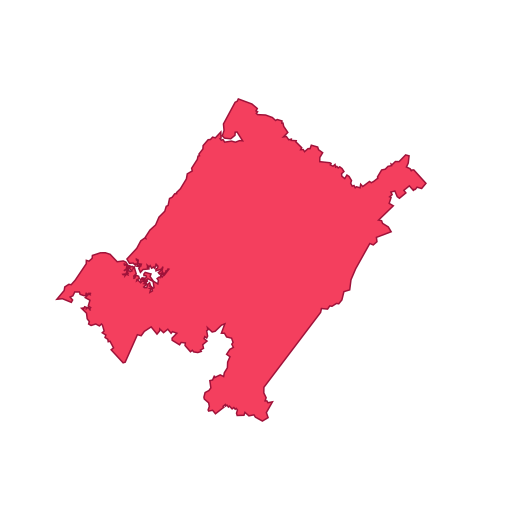 Waikato District, Waikato, New Zealand, rotated 51°
{"feature_id": "76426892B94157809900768", "entity_name": "Waikato District", "entity_type": "district", "adm_level": 2, "iso_a3": "NZL", "parent_name": "New Zealand", "parent_adm1": "Waikato", "projection": "robinson", "projection_center": [174.92, -37.516], "detail": "fine", "context": "isolated", "style": "filled", "palette": "rose", "viewbox_px": 512, "rotation_deg": 51, "n_neighbors": 0, "source": "geoboundaries", "source_scale": "gbopen_adm2", "svg_char_len": 6099}
<svg xmlns="http://www.w3.org/2000/svg" viewBox="0 0 512 512"><g transform="rotate(51 256 256)"><path d="M322.2,135.7L316.7,134.9L310.3,137.1L307.6,136.2L305.2,138.2L303.4,117.7L298.9,119.4L295.5,114.2L294.1,114.9L294.0,111.6L291.2,110.9L292.9,107.2L298.7,108.9L301.4,108.2L301.3,99.8L298.0,99.8L298.0,92.7L304.7,92.4L303.4,91.8L304.5,90.3L303.9,87.5L307.8,84.8L306.5,78.2L288.4,79.2L286.9,81.3L288.1,81.8L285.2,81.3L281.5,83.1L279.6,79.2L274.5,74.0L271.6,76.1L272.7,85.4L270.3,88.2L270.7,92.7L269.6,93.1L271.1,93.8L269.4,97.0L269.9,100.9L268.2,104.2L271.0,111.8L272.2,112.3L272.1,117.8L271.6,120.3L269.5,120.9L269.2,129.3L266.1,129.5L268.5,132.2L265.4,134.4L265.4,136.0L262.9,135.5L262.2,137.3L259.0,136.6L257.5,134.3L252.8,133.6L250.3,134.4L251.7,138.3L248.0,139.1L245.9,137.7L245.7,134.5L242.2,134.1L239.4,134.8L239.3,136.7L237.2,136.8L237.0,138.2L234.6,137.0L234.7,139.7L231.9,140.9L231.3,139.4L230.0,139.9L222.8,147.1L219.6,144.4L217.7,139.2L212.8,140.5L210.1,139.5L204.7,143.3L206.6,146.4L205.3,148.0L205.5,152.6L203.0,152.3L201.5,154.4L200.6,152.3L192.4,153.2L191.7,152.2L188.3,155.9L187.4,155.0L186.3,157.4L182.2,157.2L180.7,159.7L180.0,153.5L172.7,152.9L169.7,151.4L169.0,152.3L167.4,150.8L163.3,153.6L163.0,155.5L158.7,156.1L152.5,159.8L147.1,165.8L145.3,166.0L144.9,164.0L143.2,164.7L142.2,162.2L135.3,163.5L122.8,170.9L123.9,173.2L123.4,175.5L132.9,198.2L138.3,201.8L141.5,206.6L144.7,206.2L149.0,201.9L149.0,196.4L146.7,194.3L147.7,192.7L158.1,193.9L156.0,196.1L154.6,200.4L151.3,202.7L147.8,208.7L144.7,208.4L144.2,210.1L142.2,210.1L142.4,209.0L137.5,205.3L138.6,213.2L136.3,214.9L136.8,218.1L135.5,220.0L136.9,227.6L139.4,229.9L140.9,236.2L142.5,236.8L141.9,238.2L144.0,240.8L147.3,250.8L149.8,252.0L148.9,257.7L152.3,261.6L156.2,272.5L156.7,277.9L157.6,278.4L156.5,280.1L157.6,284.2L156.9,287.0L161.4,292.5L160.9,294.5L163.8,298.7L164.7,306.9L168.7,314.5L169.1,322.1L171.9,330.6L172.9,330.5L173.1,330.6L172.0,331.2L171.7,336.0L175.0,343.8L177.1,358.2L182.1,358.9L184.1,356.0L186.9,355.6L186.3,354.8L187.8,353.5L185.3,351.0L183.7,351.4L183.1,350.9L185.1,350.1L187.6,352.6L190.2,350.2L191.2,351.7L189.7,352.1L188.6,355.3L191.3,353.1L192.0,355.0L196.0,356.1L195.4,352.3L198.7,347.3L197.4,346.4L196.4,348.2L196.8,346.4L195.8,346.8L194.7,346.3L197.3,345.8L196.9,344.3L199.8,344.8L200.2,342.2L201.5,342.6L200.9,339.7L200.0,339.8L199.5,338.8L202.2,338.6L203.5,340.1L203.1,342.0L204.6,343.1L206.7,337.6L205.7,335.0L207.7,337.5L207.4,342.3L209.3,342.4L209.8,340.4L211.6,341.4L209.3,338.6L211.1,339.2L212.0,337.6L211.6,335.4L210.4,335.7L211.5,334.7L210.7,332.5L211.4,332.0L213.1,339.0L211.6,338.6L211.2,340.6L211.8,339.4L212.8,340.0L213.3,342.3L211.0,342.0L212.4,344.2L211.4,344.7L211.3,347.1L213.5,347.2L215.9,349.9L211.0,351.6L205.2,351.2L203.9,348.9L199.0,352.4L199.5,354.5L200.7,355.4L202.0,353.9L203.5,354.3L203.9,358.1L205.7,356.9L205.7,354.3L211.0,352.0L216.5,355.2L216.0,357.4L218.0,358.5L217.5,361.3L215.1,358.1L214.4,358.8L214.8,356.5L212.6,356.7L212.5,358.2L212.0,356.4L209.8,355.5L209.8,357.6L211.8,360.9L210.3,362.7L209.4,362.8L209.2,358.9L207.8,358.3L207.7,359.9L207.0,360.5L207.3,355.5L206.0,359.0L204.5,359.8L204.7,358.4L202.7,359.2L202.4,357.2L201.3,358.2L201.7,360.5L204.2,361.8L204.2,362.5L200.3,362.9L200.2,364.4L199.4,363.4L200.2,360.9L197.9,360.0L195.5,361.3L196.8,364.1L196.3,365.5L196.1,364.1L194.7,363.7L194.4,360.3L188.4,357.8L188.5,359.4L187.5,358.1L186.0,358.8L185.1,362.1L185.8,363.3L186.4,362.1L189.5,361.8L188.9,363.7L186.9,364.0L187.4,365.9L189.1,366.4L188.5,367.2L189.9,367.5L188.6,368.3L188.9,370.1L187.9,368.9L187.0,371.0L186.4,371.0L188.1,368.2L185.3,364.1L184.3,368.0L184.4,364.7L183.4,363.7L184.6,363.7L183.7,361.9L180.9,362.4L180.8,363.4L180.5,363.8L180.3,363.9L180.1,363.6L179.6,363.6L179.2,363.5L179.2,363.4L180.6,363.6L180.7,362.1L184.2,361.5L184.8,359.7L183.0,361.4L178.8,361.0L176.3,362.3L173.1,367.5L162.9,368.3L158.7,371.0L155.6,374.9L152.6,382.8L154.7,384.8L154.9,389.0L152.6,390.6L155.2,392.8L161.0,411.7L162.0,417.7L160.2,419.3L159.7,424.1L162.1,426.8L164.3,438.0L167.4,433.3L175.8,428.7L174.8,426.2L170.9,426.3L171.7,423.4L169.9,419.5L172.8,415.9L175.1,416.8L178.7,414.6L179.6,413.1L178.6,412.1L179.7,411.6L178.8,411.2L180.0,410.8L180.0,409.8L180.9,409.2L180.1,409.1L181.3,407.6L180.4,408.9L181.4,409.4L180.3,409.9L180.9,414.9L185.9,412.9L189.2,417.7L192.1,417.0L192.4,418.8L194.3,418.9L190.2,418.8L190.2,421.1L189.1,420.2L187.6,421.1L188.7,423.6L187.8,422.8L186.8,424.5L193.8,423.7L198.6,426.7L202.1,426.8L203.5,428.9L206.2,427.9L208.0,423.3L211.8,421.7L211.6,418.9L213.0,418.8L218.7,421.2L218.9,423.8L222.9,422.4L224.3,424.6L227.5,423.6L229.6,424.8L230.4,423.1L237.7,424.5L237.7,427.6L255.4,426.5L256.2,424.5L242.5,397.7L245.7,395.4L244.3,390.2L245.1,382.1L254.4,382.1L253.6,378.1L252.1,376.7L257.4,376.1L257.4,370.6L262.6,370.6L262.2,368.5L266.2,366.1L267.0,372.9L268.7,374.2L276.9,371.3L276.1,368.6L279.1,365.6L280.9,367.5L289.2,367.2L289.2,364.8L291.3,364.8L294.4,362.0L295.7,358.6L294.2,358.4L294.7,354.9L291.4,353.2L291.3,347.6L287.6,348.4L286.4,346.6L288.7,345.9L287.8,344.0L283.0,341.4L283.1,339.8L281.1,338.8L287.5,337.9L288.8,335.1L288.0,326.3L289.1,322.9L294.2,331.5L296.2,329.1L300.4,329.8L304.5,326.7L308.7,328.2L309.3,330.3L312.8,331.1L312.1,335.1L313.9,340.7L317.9,339.6L320.6,344.8L324.9,348.6L326.8,354.1L329.3,357.0L325.9,358.6L324.3,365.1L322.8,363.5L325.0,367.8L323.8,370.3L330.1,374.1L330.9,377.2L330.1,381.5L332.9,385.3L334.6,386.2L340.3,385.2L343.5,386.9L345.5,390.1L346.7,390.4L348.6,386.8L353.1,386.8L353.3,376.1L352.1,376.1L352.1,373.4L353.5,374.0L353.6,372.4L356.0,372.5L356.0,371.1L359.8,370.8L359.8,368.6L362.0,368.6L362.0,367.3L364.0,367.3L365.9,370.1L368.1,371.0L372.2,365.6L370.6,363.0L375.8,362.1L378.1,357.6L380.9,357.9L388.3,354.9L389.2,348.3L384.2,346.5L379.7,335.0L377.5,339.1L375.5,338.7L374.3,340.1L372.5,337.3L367.3,336.1L363.0,332.5L340.5,241.3L338.0,238.2L342.3,233.8L341.2,230.1L342.9,228.6L343.5,223.3L345.2,221.8L344.2,216.9L339.0,210.1L341.3,204.5L334.2,197.1L328.6,186.5L317.9,159.7L321.2,157.9L321.0,153.0L317.3,150.7L322.2,135.7Z" fill="#f43f5e" stroke="#9f1239" stroke-width="1.5"/></g></svg>